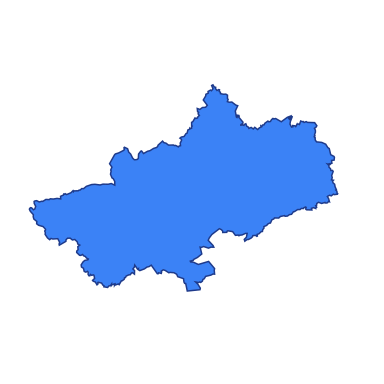 Monte Escobedo, Zacatecas, Mexico (orthographic projection), rotated 47°
{"feature_id": "50627088B79961961900141", "entity_name": "Monte Escobedo", "entity_type": "district", "adm_level": 2, "iso_a3": "MEX", "parent_name": "Mexico", "parent_adm1": "Zacatecas", "projection": "orthographic", "projection_center": [-103.457, 22.38], "detail": "fine", "context": "isolated", "style": "filled", "palette": "blue", "viewbox_px": 384, "rotation_deg": 47, "n_neighbors": 0, "source": "geoboundaries", "source_scale": "gbopen_adm2", "svg_char_len": 6059}
<svg xmlns="http://www.w3.org/2000/svg" viewBox="0 0 384 384"><g transform="rotate(47 192 192)"><path d="M261.2,263.0L268.9,252.8L268.0,251.5L263.5,250.6L260.3,250.7L262.7,248.9L263.1,247.6L264.1,247.3L264.3,245.2L263.4,243.7L263.8,242.2L263.0,239.6L265.7,234.8L266.3,232.6L267.5,231.5L264.5,229.2L263.4,227.7L254.1,227.2L249.3,236.8L244.4,238.8L242.2,240.7L241.4,240.4L242.8,237.6L242.5,236.6L243.6,232.6L244.0,227.1L237.9,223.7L238.8,223.1L239.8,220.7L244.3,218.2L245.3,215.7L247.2,213.7L245.5,213.1L238.4,213.1L237.4,210.8L236.6,206.5L237.5,197.0L239.6,196.2L241.4,196.2L242.6,197.1L245.2,194.1L244.6,193.1L244.9,192.2L248.7,189.3L253.3,189.8L255.0,187.6L256.0,187.5L255.9,186.9L257.6,184.6L258.7,181.2L259.9,179.9L262.2,183.1L262.3,186.1L264.0,186.9L264.3,184.2L265.2,183.2L266.0,180.3L266.0,178.3L265.4,177.2L267.1,175.1L268.7,174.8L268.8,174.2L267.4,173.3L268.2,171.6L268.2,168.4L268.9,167.4L267.8,166.0L267.5,164.0L266.3,163.0L267.4,160.1L267.1,158.6L267.6,156.5L268.2,155.8L266.8,152.5L267.5,150.6L267.2,149.4L270.2,146.3L270.2,144.0L272.4,140.4L273.2,140.5L274.7,138.6L275.0,136.2L276.2,134.4L275.6,131.2L276.2,130.5L276.9,126.7L278.5,125.0L278.6,123.3L280.1,121.7L279.8,120.9L280.4,119.2L281.1,119.0L282.0,120.5L283.1,120.4L286.9,116.6L285.4,115.8L286.4,113.7L288.4,112.8L288.0,112.5L288.2,111.3L286.4,110.8L286.9,110.2L285.5,108.6L285.8,106.5L288.8,105.0L290.3,101.9L290.8,102.1L291.8,101.1L292.3,100.2L292.0,98.4L292.8,98.1L290.0,96.6L287.6,96.1L287.7,95.4L288.2,93.6L289.8,92.8L290.0,90.1L291.0,89.7L292.8,87.2L292.6,86.6L291.9,86.7L290.2,85.5L288.6,85.5L288.7,84.8L285.8,83.8L283.6,82.4L281.5,82.6L279.8,81.7L279.8,80.6L278.2,81.7L277.2,79.7L275.2,78.6L273.3,74.8L272.1,74.5L271.0,75.8L269.4,74.8L267.4,74.9L265.9,73.8L264.0,73.8L266.0,72.5L266.0,71.7L265.3,71.8L266.4,70.1L264.1,68.4L265.6,66.3L263.8,64.2L262.8,63.9L259.3,65.1L253.8,62.0L252.1,62.4L248.2,61.6L244.2,63.3L240.3,66.7L238.0,66.4L236.1,64.8L235.7,65.2L234.6,64.6L234.7,63.7L233.7,63.3L232.4,60.9L230.9,59.6L228.9,59.0L229.2,57.3L228.7,55.5L224.9,55.0L219.8,60.1L218.4,60.5L217.6,62.6L216.3,62.6L215.9,63.3L214.2,64.1L215.9,67.3L215.1,67.5L214.5,68.7L213.9,68.6L214.9,71.5L213.8,71.6L212.1,73.0L213.1,73.7L212.4,74.9L209.2,74.1L207.6,72.1L205.3,67.4L204.3,67.6L205.4,71.1L204.0,71.1L203.5,68.6L202.4,71.3L201.5,78.8L195.3,80.7L194.4,82.3L193.4,82.6L193.3,84.5L193.9,86.5L193.1,87.9L191.9,88.1L191.4,91.9L192.0,93.5L191.1,94.8L191.7,96.2L190.6,96.5L191.6,97.2L191.0,99.0L191.1,101.4L187.5,102.0L187.7,104.2L185.1,104.7L184.3,107.0L183.1,106.5L181.3,107.1L178.8,106.1L178.3,107.6L178.7,108.6L177.6,109.1L176.5,110.7L176.0,110.2L176.5,108.2L175.7,107.1L168.6,106.7L168.8,105.9L168.0,105.5L166.7,106.5L167.7,106.9L168.2,108.3L167.4,108.4L162.3,105.1L160.1,99.7L158.2,100.7L153.4,101.5L151.7,103.6L150.0,104.5L148.9,102.4L147.8,102.3L145.4,100.0L143.5,100.5L142.0,102.3L139.5,104.1L138.4,103.2L137.1,103.5L136.0,102.2L135.3,102.6L134.8,104.5L132.4,104.3L131.6,103.3L130.3,104.1L127.9,103.6L127.5,105.0L130.9,106.3L131.2,108.7L130.1,108.9L129.4,111.7L130.8,112.7L130.0,115.2L131.1,116.5L132.4,121.0L139.0,121.7L139.3,124.3L137.3,126.8L137.0,129.9L134.5,131.2L137.0,133.1L138.2,132.8L138.6,133.8L139.5,134.4L141.0,134.4L141.1,137.0L141.6,137.5L140.8,139.1L139.9,139.3L141.1,143.3L140.8,144.8L143.2,147.0L143.9,146.9L144.1,148.0L145.1,148.8L144.6,150.0L143.8,150.0L144.4,151.0L143.8,152.7L145.6,155.4L145.2,156.6L146.0,159.9L144.5,162.4L144.4,164.1L146.3,163.8L147.1,164.4L148.2,167.3L150.3,168.8L149.6,170.0L149.7,171.2L146.8,172.2L145.9,173.3L145.0,173.5L141.7,177.2L138.6,177.7L136.7,178.9L134.7,178.8L134.6,184.9L135.2,185.9L135.3,187.5L133.9,190.4L133.1,194.6L131.9,196.7L130.8,201.2L127.6,200.9L127.2,201.7L127.8,205.2L130.8,208.3L130.9,209.7L129.9,211.3L129.0,212.2L126.7,212.3L122.4,211.0L119.7,211.1L116.4,209.6L113.2,210.9L113.2,211.5L114.9,212.7L114.9,213.7L113.4,219.0L111.9,222.1L112.0,223.4L115.1,233.0L119.2,233.6L120.5,236.5L121.5,236.8L123.4,239.5L127.2,240.9L128.5,240.5L131.6,241.3L134.3,243.8L130.7,245.3L129.2,248.0L125.5,251.8L124.2,254.4L120.2,257.7L118.1,260.3L115.8,265.4L115.6,269.0L114.3,270.3L114.3,272.4L113.6,273.3L113.5,274.4L110.6,277.7L110.8,278.4L109.9,278.1L110.0,281.0L108.4,285.4L106.8,285.9L106.9,286.5L106.0,287.0L106.5,288.2L105.5,291.1L107.5,292.7L104.6,295.1L102.6,298.2L100.3,300.3L100.2,301.6L97.8,303.9L97.1,307.6L96.4,308.0L95.1,310.5L92.4,311.5L91.4,313.0L91.2,313.9L92.8,315.2L95.9,316.1L97.2,318.5L96.8,320.1L94.2,320.1L93.4,320.7L93.3,322.0L93.9,322.8L95.9,323.4L100.4,323.5L101.8,325.0L103.9,326.1L107.7,325.6L109.3,327.3L111.7,326.9L115.7,324.5L119.1,324.5L119.8,324.9L120.1,326.3L121.7,327.0L122.8,328.3L127.0,329.0L129.8,328.6L129.8,326.8L131.4,325.9L134.6,322.0L138.5,323.1L139.4,324.7L140.4,325.3L142.1,317.9L141.0,316.7L140.9,314.6L142.6,312.6L145.5,312.2L146.8,310.1L150.2,309.9L152.2,311.0L154.3,310.3L154.1,312.8L156.5,314.6L156.6,316.6L157.6,317.6L161.6,317.4L162.5,316.6L163.1,314.6L164.7,314.8L166.4,314.0L168.3,314.2L170.3,313.5L170.6,314.3L168.9,317.1L168.8,319.3L169.7,322.8L171.5,324.0L173.7,323.4L176.6,325.0L178.2,324.3L178.8,322.5L180.0,322.7L181.4,324.2L183.0,324.5L183.6,323.9L183.1,322.5L184.5,322.2L185.3,320.7L186.1,320.5L188.8,322.2L188.8,325.0L189.8,325.1L191.9,324.1L195.1,324.8L195.1,323.4L194.0,322.7L194.0,322.2L197.0,320.2L199.1,320.7L200.7,320.3L201.2,321.1L204.3,318.8L204.0,317.0L204.9,315.3L204.5,313.7L205.4,314.6L205.3,313.5L206.2,311.7L206.4,312.7L206.6,311.7L207.3,312.3L207.1,311.7L207.6,311.5L207.3,310.9L208.0,310.9L209.0,308.6L210.1,308.5L208.8,304.2L209.3,303.7L209.6,301.2L208.7,299.8L209.2,299.0L208.6,297.5L209.5,294.7L210.4,293.6L210.0,291.5L210.3,290.6L212.8,290.1L210.3,287.6L208.0,287.7L207.6,285.3L206.4,283.7L211.0,284.4L211.4,283.4L212.0,284.3L213.9,283.8L215.8,279.2L216.2,276.1L217.3,274.2L217.7,271.7L228.1,273.1L228.7,272.5L228.3,271.5L230.6,270.0L229.8,268.8L228.9,268.5L229.3,266.1L231.1,265.1L235.3,264.0L235.7,263.0L238.8,260.2L241.7,259.3L244.2,260.2L249.6,257.3L252.4,259.3L253.8,259.7L254.6,259.0L261.2,263.0Z" fill="#3b82f6" stroke="#1e3a8a" stroke-width="1.5"/></g></svg>